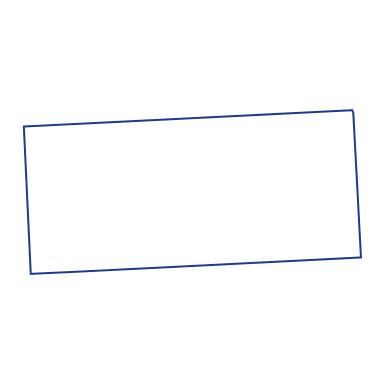 Edmunds, South Dakota, United States of America (Natural Earth projection), rotated 357°
{"feature_id": "52423323B63340184884182", "entity_name": "Edmunds", "entity_type": "district", "adm_level": 2, "iso_a3": "USA", "parent_name": "United States of America", "parent_adm1": "South Dakota", "projection": "natural_earth1", "projection_center": [-99.076, 45.419], "detail": "fine", "context": "isolated", "style": "outline", "palette": "blue", "viewbox_px": 384, "rotation_deg": 357, "n_neighbors": 0, "source": "geoboundaries", "source_scale": "gbopen_adm2", "svg_char_len": 259}
<svg xmlns="http://www.w3.org/2000/svg" viewBox="0 0 384 384"><g transform="rotate(357 192 192)"><path d="M357.3,266.2L357.3,192.4L357.2,121.4L356.2,118.7L27.5,117.8L26.7,265.3L72.2,265.6L357.3,266.2Z" fill="none" stroke="#1e3a8a" stroke-width="2"/></g></svg>